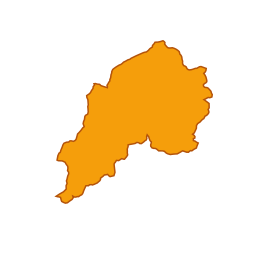 Mambaí, Goiás, Brazil, rotated 54°
{"feature_id": "56859067B86407109501977", "entity_name": "Mambaí", "entity_type": "district", "adm_level": 2, "iso_a3": "BRA", "parent_name": "Brazil", "parent_adm1": "Goiás", "projection": "natural_earth1", "projection_center": [-46.057, -14.451], "detail": "fine", "context": "isolated", "style": "filled", "palette": "amber", "viewbox_px": 256, "rotation_deg": 54, "n_neighbors": 0, "source": "geoboundaries", "source_scale": "gbopen_adm2", "svg_char_len": 3522}
<svg xmlns="http://www.w3.org/2000/svg" viewBox="0 0 256 256"><g transform="rotate(54 128 128)"><path d="M125.8,29.7L121.2,32.8L120.5,34.1L120.3,35.6L120.2,37.1L119.3,38.5L118.7,40.7L117.9,42.8L117.0,44.3L115.9,45.1L114.6,45.4L112.8,45.0L111.4,45.5L110.4,46.2L108.6,46.2L107.2,45.5L106.0,44.5L104.4,44.0L102.8,43.1L101.7,42.6L100.1,42.4L98.7,42.6L97.5,42.1L96.2,41.7L94.4,42.1L92.7,42.7L90.7,43.8L89.2,44.9L87.9,47.1L86.8,48.4L85.6,48.8L83.4,49.0L81.7,49.0L80.6,47.9L79.5,47.9L78.0,48.4L77.1,51.0L76.6,52.2L75.9,53.6L74.5,55.7L75.2,57.5L75.6,59.6L76.8,60.7L76.7,62.0L76.7,63.8L77.2,66.0L77.3,68.4L76.6,69.8L76.1,71.2L74.4,78.9L73.4,84.6L73.5,86.1L72.8,88.0L72.5,90.8L72.1,92.9L72.4,94.7L72.4,96.4L71.9,98.2L71.7,100.7L71.6,102.1L71.6,104.6L71.7,105.9L72.7,107.8L74.0,109.0L75.0,110.5L76.1,111.5L77.2,112.6L78.1,114.1L79.3,115.1L79.7,116.7L80.5,118.2L81.1,119.9L82.2,120.2L83.2,121.0L80.2,123.3L77.8,125.0L76.0,125.3L74.2,127.3L72.9,128.2L72.2,129.5L73.5,129.8L74.1,131.9L75.4,133.0L76.3,135.6L77.3,137.5L77.6,139.4L77.5,142.4L79.1,143.3L81.5,143.8L86.0,146.6L87.0,147.9L89.2,149.2L90.4,150.0L91.6,150.7L93.1,152.5L92.8,154.9L93.3,156.1L94.2,157.0L95.5,158.2L96.7,160.2L98.2,161.8L100.0,162.3L101.2,162.7L101.3,164.5L102.3,167.6L102.9,170.3L103.2,172.3L104.6,174.0L106.7,176.7L107.0,178.3L106.7,180.0L105.0,181.5L104.3,182.5L104.5,184.2L103.3,186.2L102.7,188.8L103.5,190.7L104.8,192.5L106.5,195.3L107.9,197.2L107.8,198.6L109.2,201.0L112.3,204.3L113.5,203.6L116.0,200.5L118.8,199.0L120.5,199.3L123.6,199.3L125.2,200.2L127.0,202.0L128.7,202.0L130.2,202.9L131.5,205.1L133.7,207.6L134.6,208.9L137.0,209.8L138.3,212.0L141.1,213.9L141.7,217.7L141.2,222.0L141.0,226.3L142.3,225.3L143.3,224.2L144.5,223.4L147.0,224.4L148.4,224.8L149.5,224.3L150.8,223.6L152.0,222.8L152.9,220.9L152.8,218.5L152.9,215.2L152.2,213.3L150.7,212.7L152.4,211.9L153.2,210.8L153.6,209.5L154.5,208.3L154.5,206.2L154.8,204.8L154.5,203.5L153.9,202.4L152.7,200.7L151.0,197.8L150.0,196.0L151.5,193.8L151.3,192.5L152.3,190.9L153.2,190.2L153.7,188.4L154.1,186.5L154.4,185.1L154.2,183.6L154.1,181.9L153.6,180.7L152.4,179.6L152.4,176.7L152.1,174.6L152.9,173.4L153.5,171.8L155.3,171.6L156.8,171.1L158.3,167.4L156.2,164.6L149.5,160.8L148.6,159.9L148.2,158.2L147.4,156.4L148.9,154.7L149.1,151.1L150.4,150.1L151.2,149.2L150.4,146.0L149.6,144.1L147.7,143.2L146.2,142.0L145.0,141.3L144.1,140.4L143.2,139.0L141.7,137.8L142.7,135.5L143.7,133.5L144.7,131.3L144.9,129.3L146.3,127.9L147.5,127.6L148.5,126.3L148.5,123.4L148.3,122.0L148.4,120.2L147.6,119.0L145.9,118.0L144.8,116.5L147.4,116.4L148.6,116.9L149.9,117.3L151.2,117.6L153.0,117.3L154.2,118.5L155.0,119.6L156.1,120.3L158.1,120.3L159.5,119.3L160.5,118.0L161.6,117.3L164.5,116.6L166.8,113.5L168.2,112.3L170.7,111.8L172.1,111.1L174.3,109.4L175.7,106.8L177.0,104.7L177.9,103.3L178.6,97.2L181.9,94.9L183.1,93.4L183.0,90.7L184.0,89.8L184.0,87.0L184.4,84.5L183.2,82.9L182.2,81.3L181.4,80.0L179.8,80.9L178.1,81.4L176.6,82.5L175.0,81.3L175.4,79.9L174.3,78.9L172.5,78.9L171.0,79.4L170.9,77.3L169.6,74.9L168.4,72.8L166.3,71.2L165.4,69.1L165.4,67.7L165.5,66.2L165.1,64.4L164.8,62.6L165.0,61.3L164.4,60.0L163.7,58.9L164.0,56.9L163.7,55.1L163.1,53.6L162.0,52.8L160.1,52.3L159.4,50.5L155.8,48.0L150.8,49.5L149.7,49.9L150.1,47.6L150.4,45.2L151.6,44.0L152.2,41.9L150.5,40.2L148.9,40.0L147.0,39.3L143.0,39.7L141.8,40.3L140.1,42.1L138.6,42.3L137.4,41.7L137.0,40.1L137.2,38.4L136.9,37.1L136.0,36.4L134.4,35.7L132.6,35.0L130.2,34.6L128.3,34.6L128.1,32.7L127.4,31.3L125.8,29.7Z" fill="#f59e0b" stroke="#b45309" stroke-width="1.5"/></g></svg>